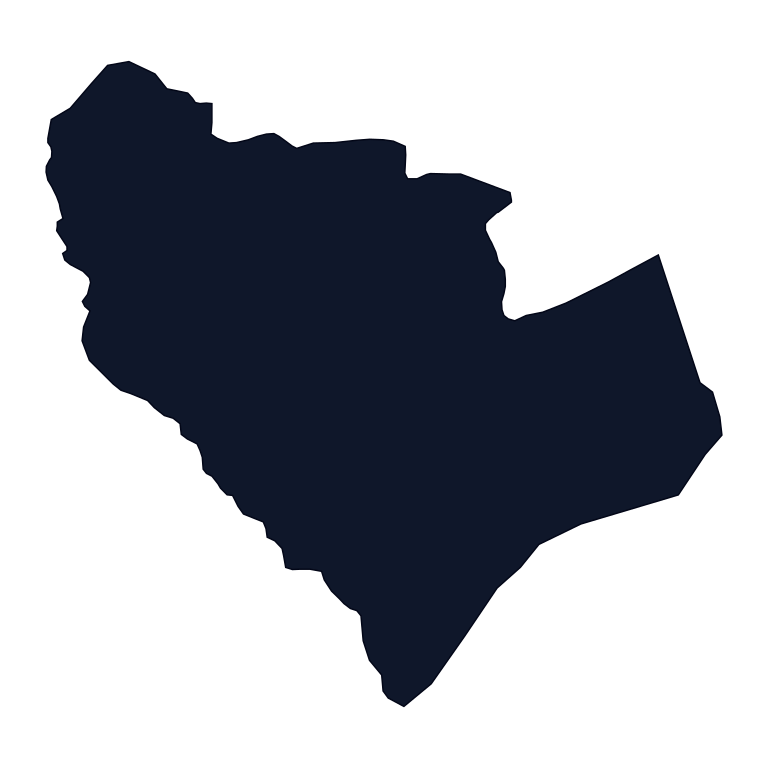 the district of Bogangolo, Ombella-M'Poko, Central African Republic
{"feature_id": "33826404B36599130273361", "entity_name": "Bogangolo", "entity_type": "district", "adm_level": 2, "iso_a3": "CAF", "parent_name": "Central African Republic", "parent_adm1": "Ombella-M'Poko", "projection": "albers", "projection_center": [18.123, 5.472], "detail": "fine", "context": "isolated", "style": "filled", "palette": "ink", "viewbox_px": 768, "rotation_deg": 0, "n_neighbors": 0, "source": "geoboundaries", "source_scale": "gbopen_adm2", "svg_char_len": 2067}
<svg xmlns="http://www.w3.org/2000/svg" viewBox="0 0 768 768"><path d="M658.3,255.0L630.9,269.7L608.2,282.1L566.0,303.1L542.8,312.2L526.2,315.5L514.8,320.8L508.2,318.9L503.9,315.5L502.0,309.8L501.5,301.7L503.9,293.6L505.3,286.5L505.3,279.3L504.4,270.3L503.4,268.4L498.2,261.7L495.8,252.2L491.5,242.6L489.6,239.3L485.4,230.3L485.4,223.6L488.7,219.8L496.7,212.6L498.2,212.2L511.4,202.1L511.4,200.2L510.0,192.6L460.7,174.1L450.3,174.1L430.4,173.6L426.6,174.5L417.1,178.8L407.6,178.8L404.8,173.1L405.2,165.5L405.7,155.0L405.2,146.4L393.4,141.2L383.4,139.8L369.7,139.3L356.4,140.3L335.1,142.6L313.3,143.1L296.7,148.4L292.0,146.0L286.3,141.7L279.2,136.5L273.9,133.6L266.4,134.1L257.4,136.4L248.4,139.8L236.5,142.6L228.9,143.1L217.1,138.3L210.9,134.1L211.9,122.6L211.9,103.6L206.2,103.1L200.0,103.6L195.3,102.6L192.4,98.3L187.7,93.1L178.7,91.2L166.8,88.8L155.0,74.0L128.9,61.6L107.6,65.4L91.5,83.5L70.2,108.3L51.3,119.5L47.9,138.3L47.9,142.6L50.9,146.8L51.9,151.4L51.5,157.5L49.7,159.9L46.4,166.3L46.1,172.1L47.9,180.1L51.8,186.5L56.7,196.5L59.4,203.8L60.3,209.0L63.0,218.5L57.3,222.1L57.3,226.1L56.7,230.7L62.4,239.5L67.0,246.5L67.0,250.5L62.7,253.5L64.8,260.0L70.3,264.5L76.7,267.9L83.0,271.2L89.4,277.6L90.6,282.5L87.6,294.4L82.4,301.4L84.8,306.3L90.0,310.9L83.6,327.0L82.1,340.8L89.4,360.3L113.3,384.1L120.9,390.2L130.6,393.5L147.6,400.5L154.3,407.6L164.3,415.5L173.1,418.2L180.1,423.7L181.3,434.4L187.4,439.0L197.1,443.9L200.1,450.6L202.3,457.3L203.2,469.2L206.5,473.4L212.0,476.2L218.0,483.8L220.5,488.1L227.1,494.8L232.6,495.4L238.1,506.4L243.5,514.0L255.7,518.9L263.3,521.9L266.0,528.6L267.2,537.2L274.8,540.8L282.1,548.5L283.6,555.5L285.7,567.4L292.4,569.5L299.4,569.2L310.0,569.2L321.6,571.3L324.3,579.9L331.6,591.1L339.5,598.8L344.0,603.6L350.4,608.5L356.8,610.6L361.0,615.8L363.2,640.8L369.5,660.3L381.7,675.0L383.1,691.0L388.3,698.1L403.9,706.4L431.2,683.8L464.6,636.2L497.1,588.0L520.4,567.3L538.9,544.4L580.8,524.0L678.3,494.9L705.2,454.4L721.9,435.1L719.8,416.8L712.5,392.1L700.0,382.7L658.3,255.0Z" fill="#0f172a" stroke="#020617" stroke-width="1.5"/></svg>